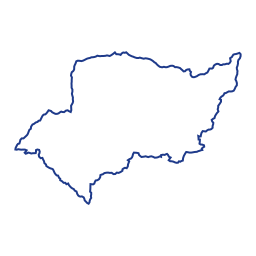 Urubici, Santa Catarina, Brazil
{"feature_id": "56859067B49185000150445", "entity_name": "Urubici", "entity_type": "district", "adm_level": 2, "iso_a3": "BRA", "parent_name": "Brazil", "parent_adm1": "Santa Catarina", "projection": "mercator", "projection_center": [-49.57, -28.063], "detail": "fine", "context": "isolated", "style": "outline", "palette": "blue", "viewbox_px": 256, "rotation_deg": 0, "n_neighbors": 0, "source": "geoboundaries", "source_scale": "gbopen_adm2", "svg_char_len": 4966}
<svg xmlns="http://www.w3.org/2000/svg" viewBox="0 0 256 256"><path d="M240.6,54.2L239.4,52.9L237.7,53.5L236.1,54.0L234.7,54.2L233.4,54.6L232.7,55.6L231.9,57.0L230.1,58.2L230.7,61.2L229.9,62.7L228.5,63.9L226.9,63.7L224.9,64.3L223.2,64.3L221.9,65.0L220.2,65.0L218.6,64.0L217.1,63.8L215.5,64.4L213.9,65.6L213.1,67.8L212.0,68.6L210.8,68.5L209.4,68.6L208.5,70.5L207.4,72.5L205.8,73.3L204.3,74.3L202.6,74.2L200.4,74.3L198.6,75.0L196.9,76.2L194.6,77.1L193.1,77.2L191.9,76.7L190.7,75.0L190.5,73.5L191.0,72.0L189.8,70.8L189.4,69.3L187.9,69.4L186.3,69.9L185.1,71.2L183.6,71.4L182.3,70.1L181.1,69.1L180.1,68.1L178.4,67.5L176.6,67.1L175.1,67.2L173.5,66.0L172.1,65.7L170.2,65.9L168.4,66.7L166.8,67.2L165.4,67.2L163.9,66.8L162.1,67.3L159.8,66.8L158.3,65.7L156.8,64.3L155.6,62.9L154.5,62.4L153.2,61.2L151.9,60.3L150.4,59.4L148.7,58.9L147.0,58.5L145.5,58.3L143.7,58.7L141.7,58.2L139.8,57.6L138.6,58.0L136.8,58.0L134.8,57.4L133.2,56.7L131.9,56.3L130.6,55.7L128.8,54.8L127.7,53.7L126.2,52.3L124.9,52.8L123.2,52.5L121.6,53.5L120.6,54.9L119.3,54.4L117.7,54.2L116.3,54.2L114.9,52.4L113.2,53.8L111.2,55.2L109.7,56.0L108.4,55.7L107.0,55.4L105.5,55.8L103.4,56.0L101.5,56.0L100.1,56.2L98.7,56.0L97.3,55.7L96.2,56.4L94.8,56.9L93.2,57.2L91.4,57.3L89.8,58.0L88.2,58.3L86.7,58.8L85.4,59.5L83.2,60.6L81.4,61.1L79.6,60.8L77.7,60.7L76.3,61.3L75.5,63.6L74.7,65.2L74.2,66.6L74.2,68.1L74.1,69.6L73.2,71.1L71.8,72.2L71.3,73.7L71.0,75.6L71.9,77.4L71.7,79.9L71.7,81.9L71.5,83.4L71.6,85.6L71.6,87.8L72.4,89.5L72.4,91.6L71.9,93.8L72.4,95.8L72.9,97.4L72.8,99.3L73.1,101.4L72.7,102.9L72.1,104.0L71.1,105.7L71.2,108.0L71.3,110.2L70.7,112.0L68.8,111.1L67.7,110.3L66.0,110.6L64.1,112.1L62.3,112.0L61.2,111.6L60.1,112.2L58.5,113.4L56.9,113.9L55.5,113.9L53.8,113.1L52.1,112.2L51.2,111.1L49.8,110.6L48.6,110.3L47.6,111.8L46.2,113.6L45.2,114.4L44.0,114.5L42.8,115.4L42.1,116.6L41.2,118.4L40.2,120.5L38.5,120.8L37.6,121.9L35.7,122.5L34.1,123.8L32.5,124.5L31.1,126.6L30.8,128.8L29.4,129.8L28.7,131.5L27.9,133.7L27.2,134.9L26.0,136.1L24.9,137.1L23.5,138.4L21.7,138.4L20.4,139.8L20.0,141.5L19.4,143.5L18.0,143.9L17.2,144.8L16.5,146.2L15.6,148.0L15.4,149.5L16.8,149.7L18.2,149.2L19.9,149.5L21.3,149.7L22.7,149.6L24.9,149.6L26.6,150.3L25.8,151.5L24.7,152.7L25.7,153.7L27.0,153.3L28.2,152.6L29.7,152.9L31.2,153.5L32.9,153.2L34.3,153.2L35.7,153.1L36.0,151.6L36.0,150.1L37.3,149.5L39.1,149.9L39.7,151.5L39.5,153.1L38.7,154.7L39.1,156.7L40.7,158.2L42.4,157.9L43.1,159.5L44.0,161.2L44.4,163.1L46.0,164.5L46.3,166.0L47.8,167.0L49.0,167.7L50.5,168.4L52.0,168.8L53.0,169.4L53.9,171.3L54.6,172.9L55.6,174.3L56.7,175.4L58.1,175.6L58.6,176.8L59.2,178.0L60.2,178.7L60.2,180.2L62.0,181.2L63.6,182.8L65.3,182.8L66.4,184.2L68.2,183.5L68.8,184.9L70.0,186.4L71.3,187.7L72.5,188.5L73.8,189.1L74.7,190.6L76.5,191.5L77.2,193.8L78.2,195.5L79.3,196.3L80.5,196.6L81.9,196.4L83.7,197.4L84.4,199.0L84.7,200.4L86.0,201.7L87.2,203.0L88.6,203.7L89.5,202.3L89.7,200.7L90.3,199.2L91.2,197.9L90.9,196.2L91.2,194.5L91.2,192.7L90.1,191.7L90.3,189.5L90.4,187.4L90.4,185.8L90.5,184.1L93.1,184.4L94.3,183.6L94.7,182.3L95.6,180.5L97.4,180.2L99.0,179.2L100.2,177.2L100.4,175.1L101.5,174.6L102.8,174.3L104.4,173.1L106.4,172.7L108.1,172.6L109.7,172.9L111.7,172.8L113.5,174.1L115.2,174.0L116.8,172.6L118.6,172.9L120.6,172.0L122.4,170.8L122.5,169.3L123.5,168.5L125.0,167.8L126.7,168.2L127.8,166.4L128.0,164.5L128.6,162.9L129.2,161.3L127.9,160.2L129.5,159.1L130.9,158.6L132.0,157.4L132.6,155.9L133.0,154.2L133.9,152.6L136.7,152.8L138.5,153.2L139.1,155.0L140.3,156.1L141.5,157.0L142.9,156.8L144.3,156.6L145.6,156.3L146.9,156.7L148.2,157.1L149.7,156.6L151.3,156.3L153.2,156.9L154.8,157.7L156.9,157.5L158.3,157.1L159.9,156.3L161.1,156.8L161.1,155.1L162.9,154.7L164.7,154.9L165.9,154.3L167.0,153.9L168.0,154.9L169.0,156.8L170.6,157.5L169.7,158.8L168.7,160.2L170.1,161.2L171.8,161.3L173.3,161.6L175.0,162.4L176.5,162.8L178.0,162.7L179.0,161.3L180.3,161.7L181.4,161.0L182.8,160.6L183.1,158.1L183.9,155.8L185.2,153.5L186.2,152.0L187.7,152.2L189.5,152.6L191.2,152.6L192.5,152.4L194.6,152.0L196.9,151.8L198.4,151.1L199.6,150.8L201.1,150.2L202.3,150.0L201.8,148.6L202.8,147.6L204.2,146.7L204.0,145.3L202.2,144.6L200.7,144.5L199.5,143.7L199.8,141.7L199.9,139.6L198.6,139.5L198.5,137.7L198.3,136.0L199.4,136.5L200.7,136.4L201.0,134.7L201.5,132.9L202.7,131.1L204.3,131.3L205.8,131.5L207.1,130.4L208.5,129.6L209.8,129.6L211.3,129.1L212.6,127.8L212.6,126.0L213.2,124.1L213.3,122.7L212.2,121.5L211.7,119.9L213.1,118.8L214.5,118.1L215.0,116.2L215.9,114.6L217.0,113.0L218.4,111.5L217.7,109.2L218.2,107.6L218.2,105.8L219.2,104.5L220.0,103.3L221.0,101.7L221.0,99.8L219.6,99.2L220.4,97.7L221.5,96.6L223.2,95.5L223.9,94.4L224.5,93.2L225.7,93.1L227.1,92.3L228.8,91.4L230.8,91.5L232.3,91.3L233.7,90.7L234.5,89.4L235.1,88.1L235.7,86.7L236.8,85.4L236.9,83.1L236.3,81.1L235.5,79.6L235.8,78.0L236.5,76.0L237.3,74.1L237.3,72.5L237.5,71.0L236.9,69.1L236.8,67.6L237.5,65.8L238.0,63.5L237.9,61.9L238.4,60.0L239.9,58.3L240.6,56.1L240.6,54.2Z" fill="none" stroke="#1e3a8a" stroke-width="2"/></svg>